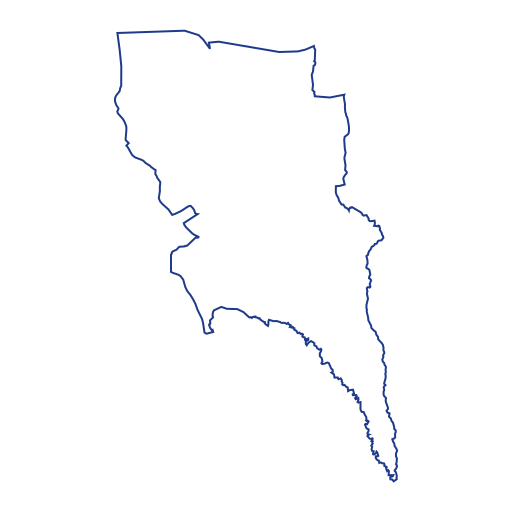 the district of Villa Guerrero, México, Mexico
{"feature_id": "50627088B69956454145836", "entity_name": "Villa Guerrero", "entity_type": "district", "adm_level": 2, "iso_a3": "MEX", "parent_name": "Mexico", "parent_adm1": "México", "projection": "albers", "projection_center": [-99.664, 18.941], "detail": "fine", "context": "isolated", "style": "outline", "palette": "blue", "viewbox_px": 512, "rotation_deg": 0, "n_neighbors": 0, "source": "geoboundaries", "source_scale": "gbopen_adm2", "svg_char_len": 6088}
<svg xmlns="http://www.w3.org/2000/svg" viewBox="0 0 512 512"><path d="M203.1,323.3L204.5,332.6L206.5,333.7L213.2,332.0L212.6,329.9L211.9,330.3L210.1,327.9L209.1,325.0L209.3,324.3L209.9,324.2L209.9,323.6L210.3,323.2L210.0,320.4L213.1,317.3L212.5,315.2L213.0,312.1L214.0,310.3L221.4,306.9L226.8,308.8L237.3,309.1L243.5,312.1L248.8,317.0L249.8,317.5L250.7,317.1L251.9,318.0L252.8,317.0L253.7,317.0L254.1,316.6L255.1,317.1L255.6,316.7L256.0,317.4L257.8,317.7L258.4,318.5L259.6,318.2L260.4,319.6L263.6,321.8L264.9,322.1L264.6,323.0L265.8,324.4L268.0,325.9L268.4,324.3L268.4,321.4L269.0,319.8L273.7,321.2L276.5,321.0L280.3,322.1L281.4,322.9L284.8,322.9L286.9,324.0L288.0,322.9L289.1,324.5L290.5,325.0L289.9,326.9L291.6,326.6L291.6,327.5L293.2,327.3L293.4,328.3L294.4,328.3L294.4,329.8L296.4,330.8L297.6,333.1L299.5,332.6L300.5,333.9L302.0,333.7L303.0,334.4L302.3,336.2L302.9,337.0L304.7,337.4L305.0,339.6L308.3,338.5L308.3,339.9L305.8,341.5L305.8,343.9L306.7,345.2L308.6,342.6L311.1,341.1L314.3,343.1L314.3,345.3L316.4,346.4L317.1,348.1L319.3,349.7L320.8,348.8L321.4,349.8L320.8,351.7L319.8,353.3L319.9,356.3L321.8,358.2L322.4,361.4L321.4,363.2L322.2,364.1L324.8,363.6L327.3,362.5L328.8,363.1L331.3,368.8L332.6,369.6L332.8,371.8L331.4,372.6L334.0,374.4L334.5,377.6L337.7,377.5L338.4,379.2L340.7,378.4L341.8,380.0L341.6,381.3L342.5,382.7L342.2,384.3L343.1,385.2L344.5,384.9L346.2,386.8L347.7,387.4L348.1,391.1L349.8,390.1L353.0,389.7L354.0,393.5L352.7,394.4L353.0,395.2L356.4,395.1L356.8,396.2L355.1,398.1L355.7,399.2L358.3,398.0L358.5,399.7L357.5,402.0L358.3,402.6L360.5,402.1L360.5,409.5L361.7,411.9L363.7,412.1L364.4,413.9L366.3,417.2L366.4,419.5L366.0,420.3L366.6,421.0L367.7,420.7L368.6,421.4L367.1,424.2L365.6,423.9L365.0,424.6L366.5,428.3L368.6,429.4L368.5,431.2L367.4,433.1L367.8,434.2L369.1,434.6L367.9,435.2L367.4,436.0L369.6,438.6L371.1,438.9L372.3,438.4L372.7,438.9L371.5,441.1L372.7,441.4L372.2,442.9L372.7,443.6L371.3,445.6L372.2,446.7L371.6,449.0L371.9,450.7L373.7,451.3L373.1,453.1L373.1,454.3L374.2,454.5L376.1,452.9L376.5,451.6L377.2,452.3L378.3,455.9L377.2,456.4L376.0,456.2L375.6,457.4L376.2,458.8L377.4,460.1L378.8,460.6L379.3,462.9L380.8,462.4L382.5,463.4L383.9,463.3L384.5,464.2L384.3,465.9L386.6,466.9L386.7,467.3L386.0,468.0L387.0,471.0L388.0,470.0L388.9,471.0L388.6,475.2L393.3,475.1L392.7,476.3L390.5,476.9L390.2,478.0L390.4,479.3L392.3,479.6L393.6,481.3L396.7,479.3L396.5,477.7L396.8,476.4L396.6,474.9L395.7,471.9L394.8,471.1L394.7,470.4L396.2,468.5L397.0,466.2L396.9,465.4L396.0,464.2L396.6,462.4L396.9,458.5L396.0,456.2L395.9,453.7L397.1,450.7L396.6,449.2L394.7,446.0L394.1,443.1L393.2,441.9L392.3,439.2L394.5,438.3L395.2,437.1L395.0,433.8L395.8,431.9L395.6,430.2L394.2,428.9L394.2,427.1L393.0,422.7L391.4,420.7L390.9,418.6L389.0,416.7L389.0,416.0L389.6,413.8L389.5,413.3L388.9,412.9L387.5,412.7L386.7,411.0L386.6,410.6L387.9,409.1L388.1,408.1L385.8,401.7L385.7,399.7L386.1,398.2L384.0,395.8L383.6,394.6L383.6,391.5L384.3,390.0L383.7,387.5L383.9,386.7L385.5,385.1L384.2,383.8L384.2,383.1L385.6,378.2L385.7,375.7L385.3,374.0L385.8,372.3L385.6,369.4L385.9,367.3L385.8,366.5L384.6,364.9L384.2,363.1L382.8,361.6L382.3,359.5L383.4,357.0L383.1,355.2L384.3,353.1L384.2,352.0L383.4,350.3L383.5,347.6L382.9,344.9L381.8,343.2L378.3,339.4L377.9,336.7L376.4,334.8L375.5,331.6L374.1,330.7L371.4,328.0L371.1,325.7L368.4,320.4L368.1,317.4L366.7,311.5L366.9,309.3L366.4,308.1L366.5,304.7L368.0,298.6L366.9,293.7L367.4,291.4L366.9,289.3L366.9,288.0L367.6,287.2L368.2,287.1L369.4,287.6L370.1,287.3L370.4,286.6L369.7,284.3L371.1,280.2L370.3,279.0L369.0,278.3L369.2,276.7L370.3,274.7L369.4,269.9L368.2,268.8L366.6,268.2L366.3,267.5L366.7,265.3L367.6,263.6L367.4,260.0L366.4,256.1L368.1,254.7L368.1,253.3L368.6,252.8L368.9,251.4L370.6,249.4L371.7,246.8L373.2,246.1L374.4,245.0L374.8,244.0L376.3,243.8L377.1,243.1L377.9,241.2L378.6,240.7L381.5,240.3L383.4,237.7L382.7,235.5L381.9,234.6L381.9,233.3L379.8,229.8L380.0,228.4L379.2,225.9L378.5,225.7L378.4,226.3L378.0,226.3L374.1,225.8L374.7,224.6L374.9,222.4L374.5,220.6L372.0,221.1L369.7,221.1L368.6,219.8L368.7,218.6L366.5,215.1L363.6,215.6L362.6,214.9L361.9,213.5L360.8,212.3L352.1,207.2L351.3,207.6L351.3,207.3L350.1,207.7L349.2,208.6L348.9,210.5L348.2,209.1L347.8,209.1L346.4,207.8L345.3,207.6L343.3,204.6L341.5,204.5L339.0,200.6L338.3,197.8L336.6,195.1L335.8,192.3L335.9,186.2L339.6,185.9L344.7,184.5L343.3,178.9L343.6,177.4L344.9,175.3L346.8,173.0L346.6,171.7L345.1,170.1L345.5,165.3L344.4,158.6L344.5,157.1L345.6,152.9L344.8,148.5L344.2,139.8L344.7,136.8L347.7,134.5L348.5,133.5L349.0,131.1L348.9,126.3L347.6,118.8L347.1,117.2L346.2,115.7L346.1,114.3L345.3,112.1L344.9,107.3L345.0,104.2L343.9,97.8L343.8,96.1L344.3,94.7L329.9,97.5L314.8,96.3L314.8,94.9L314.1,93.5L314.5,92.0L312.4,90.0L313.0,84.8L311.7,74.8L313.0,71.5L313.6,65.7L315.0,64.9L315.4,62.8L315.0,61.7L314.2,61.3L314.8,59.8L315.2,49.7L314.3,48.3L313.9,46.0L305.5,49.6L298.0,51.4L279.2,52.0L218.8,41.7L208.9,42.6L210.0,48.8L203.0,39.3L198.6,35.1L184.6,30.7L117.4,33.0L119.7,50.2L121.3,66.2L121.2,85.9L120.3,87.8L119.6,91.2L116.5,95.1L115.5,96.8L115.1,98.3L114.9,100.9L116.2,104.9L118.4,108.3L118.5,108.8L117.3,111.4L117.9,113.4L123.0,119.1L124.9,122.6L126.3,126.4L126.4,129.8L125.6,139.0L125.8,140.2L128.7,143.1L126.4,145.6L127.8,147.3L131.9,154.6L133.1,155.9L135.3,157.5L141.5,159.8L143.4,160.8L145.6,163.0L150.0,165.8L150.9,166.8L154.2,169.3L155.6,170.0L155.3,174.0L156.8,176.4L157.2,177.8L159.9,181.5L160.3,182.5L159.8,187.4L159.9,191.0L158.8,198.2L159.3,199.5L160.4,201.8L162.7,204.3L168.5,209.5L172.2,214.9L175.1,213.9L181.5,210.8L187.5,206.8L189.6,205.9L190.8,206.0L192.9,208.2L194.2,210.2L195.1,213.1L196.1,213.8L197.6,214.1L183.8,223.1L184.3,224.8L185.9,227.1L192.0,233.2L194.6,235.0L198.5,236.8L198.4,237.4L197.8,237.7L195.7,237.7L195.0,238.2L187.1,245.7L185.1,245.9L184.7,246.4L179.2,246.8L176.5,249.7L173.2,251.2L171.8,252.3L171.7,253.8L171.0,254.7L171.0,271.9L172.7,272.8L178.8,274.9L180.7,276.3L183.2,279.6L185.2,286.7L187.1,290.8L190.7,295.4L193.0,299.2L195.3,303.6L197.6,310.0L202.1,319.1L203.1,323.3Z" fill="none" stroke="#1e3a8a" stroke-width="2"/></svg>